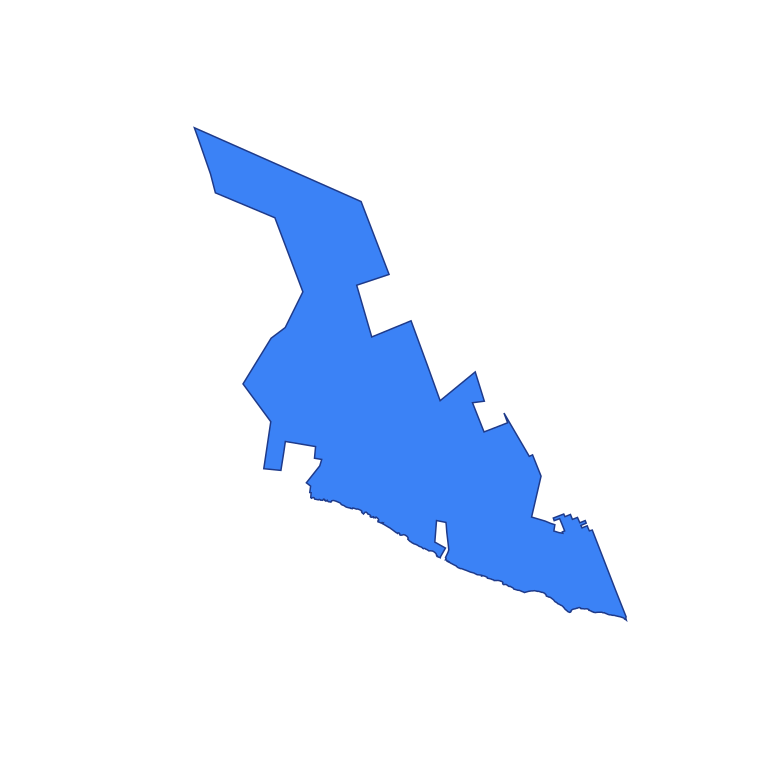 the district of Solidaridad, Quintana Roo, Mexico, rotated 69°
{"feature_id": "50627088B14293404548968", "entity_name": "Solidaridad", "entity_type": "district", "adm_level": 2, "iso_a3": "MEX", "parent_name": "Mexico", "parent_adm1": "Quintana Roo", "projection": "orthographic", "projection_center": [-87.149, 20.584], "detail": "fine", "context": "isolated", "style": "filled", "palette": "blue", "viewbox_px": 768, "rotation_deg": 69, "n_neighbors": 0, "source": "geoboundaries", "source_scale": "gbopen_adm2", "svg_char_len": 6012}
<svg xmlns="http://www.w3.org/2000/svg" viewBox="0 0 768 768"><g transform="rotate(69 384 384)"><path d="M205.5,340.0L76.8,469.2L89.0,469.5L125.8,470.7L145.1,472.9L189.8,426.2L190.8,426.3L268.9,426.7L295.9,456.0L300.8,473.0L333.4,515.6L378.6,503.2L420.0,526.6L427.7,511.2L411.6,501.9L402.3,496.7L417.9,470.3L428.4,475.5L432.1,469.2L437.4,473.3L448.4,491.9L453.0,489.1L458.7,492.2L459.4,491.0L463.6,493.0L463.7,492.8L464.4,492.8L464.7,492.6L464.5,491.7L464.6,490.8L465.0,490.2L465.5,490.0L466.5,490.0L466.9,489.7L467.1,489.1L468.2,487.5L468.6,486.8L468.5,486.7L468.5,485.9L468.6,485.6L469.1,485.1L469.4,485.2L469.7,484.9L470.0,484.1L470.6,483.0L470.5,482.6L469.9,482.0L469.9,481.7L469.9,481.4L470.5,480.9L470.9,480.9L471.3,481.1L471.5,481.0L471.5,480.7L471.7,480.4L472.1,480.5L472.6,480.2L472.5,479.7L472.2,478.7L473.0,478.6L473.7,478.3L474.3,477.6L474.9,476.1L475.1,476.1L475.2,475.7L474.3,474.7L474.5,473.2L474.8,472.6L476.2,470.8L478.9,468.0L479.7,467.4L480.2,467.3L480.7,467.1L481.1,467.1L481.9,466.4L483.3,464.8L484.9,463.8L485.9,462.7L487.3,460.7L487.4,460.1L488.0,459.9L488.4,459.4L488.7,458.7L489.1,458.3L488.9,457.9L488.6,457.7L488.7,457.3L489.2,456.7L489.4,456.3L490.9,454.6L491.2,453.5L492.1,452.4L493.4,451.1L494.3,450.4L494.6,450.3L494.9,450.3L495.3,450.8L496.4,450.6L498.0,449.7L497.7,449.4L497.7,449.0L496.9,447.6L497.3,446.5L498.4,445.9L499.8,445.6L500.0,445.1L500.5,444.6L501.6,443.8L502.5,443.7L502.7,443.9L502.7,444.2L502.8,444.3L503.0,444.0L503.4,444.1L503.7,443.7L503.9,443.4L504.1,442.9L504.0,442.0L504.1,441.5L505.1,441.6L505.4,439.7L506.4,440.7L505.5,439.7L505.5,439.4L506.1,438.6L507.2,438.0L508.0,437.7L508.7,437.6L509.2,437.8L509.5,438.1L509.7,438.4L509.6,438.7L509.7,438.9L509.8,438.9L509.7,438.7L509.8,438.5L509.8,438.2L510.0,438.9L510.0,438.7L510.3,438.8L510.0,439.0L510.4,438.8L510.6,438.9L510.9,438.4L512.8,436.5L512.6,435.8L512.6,435.4L513.0,435.2L513.5,435.2L513.5,434.6L513.7,434.8L513.8,435.1L514.2,434.9L513.6,435.3L513.8,435.5L514.2,435.2L514.3,435.0L519.8,430.7L520.1,430.4L520.4,430.1L521.6,429.4L522.9,428.5L527.1,425.9L527.4,425.3L527.8,425.1L528.2,425.1L528.5,424.8L528.1,424.5L528.2,423.8L528.6,423.3L529.4,423.0L530.5,423.3L531.0,422.8L531.3,422.2L531.6,420.7L531.6,420.0L531.7,419.6L532.1,419.1L532.6,418.4L534.0,417.4L534.7,417.0L535.7,416.7L536.2,416.6L536.8,416.8L537.2,417.3L537.5,417.4L537.8,417.1L538.4,417.0L540.1,416.2L540.4,415.9L540.6,415.9L541.1,415.4L542.6,414.5L543.3,413.7L543.7,413.5L544.2,413.1L544.4,412.6L545.1,411.9L545.4,411.4L545.8,411.2L546.3,410.6L548.1,409.4L549.6,407.6L550.2,407.2L550.7,406.9L551.1,406.8L551.5,406.6L551.9,406.1L551.8,405.9L551.9,405.4L552.2,404.8L553.4,404.0L553.9,403.3L554.4,402.9L555.9,401.9L556.1,401.3L556.2,400.7L557.3,398.6L558.0,397.9L559.0,397.2L560.1,396.6L560.9,396.3L562.1,396.2L562.9,396.4L563.3,396.3L563.4,395.9L563.8,395.9L564.1,396.2L565.8,394.4L565.9,393.9L566.3,393.7L565.3,392.9L559.2,385.4L549.8,393.2L530.3,383.9L535.4,375.8L537.6,376.3L544.5,378.4L558.6,382.0L562.1,383.0L564.1,384.6L568.1,388.8L569.0,388.5L570.2,389.7L570.5,389.0L570.8,388.9L571.2,388.5L571.5,388.5L571.8,388.7L572.3,388.5L572.5,388.3L572.5,387.6L573.0,387.3L573.3,387.5L573.5,387.4L573.7,387.1L573.6,386.8L573.8,386.7L574.0,386.8L574.5,386.4L575.6,385.6L575.8,385.3L577.7,383.7L578.7,382.7L579.2,382.4L579.4,382.0L579.9,381.7L580.4,381.6L581.1,381.2L581.9,380.7L582.6,380.0L583.1,379.4L583.7,378.9L584.2,377.7L586.4,375.3L587.3,374.2L590.5,370.8L592.6,367.9L595.4,365.4L597.0,362.2L597.7,361.3L598.2,361.8L598.4,361.6L598.0,361.3L598.1,361.2L597.9,361.0L599.7,358.6L601.5,356.9L602.2,357.1L602.4,357.0L603.6,355.1L604.4,354.0L605.5,352.9L605.8,352.3L606.5,351.7L607.0,351.6L607.1,351.2L608.3,347.9L609.3,346.2L609.6,346.1L610.5,344.9L611.6,344.2L612.0,344.2L612.5,344.6L612.8,344.7L613.7,344.6L614.0,344.4L614.3,343.9L614.4,343.0L615.2,341.5L615.5,341.3L616.3,341.0L617.1,340.3L617.7,340.0L618.3,338.5L618.7,338.3L620.5,336.7L621.3,336.4L622.0,336.3L622.2,336.1L622.6,335.4L624.5,333.0L625.2,331.5L627.0,329.7L628.3,328.2L629.0,327.7L629.4,323.3L630.1,320.1L630.5,319.3L630.6,318.6L630.9,317.5L632.6,315.0L633.0,313.9L634.1,312.5L634.9,311.6L635.2,310.9L635.7,310.2L637.0,309.0L637.7,308.8L638.3,308.4L638.7,308.3L639.3,308.4L640.2,308.4L641.0,307.4L642.0,306.5L642.6,305.4L643.1,305.0L646.0,303.2L646.7,302.9L647.9,302.6L648.9,302.1L649.6,301.3L651.5,300.4L652.1,299.7L653.3,298.6L653.7,298.4L654.5,297.5L655.5,296.9L656.4,296.5L657.0,296.4L657.3,296.1L658.5,295.9L659.5,295.5L659.7,295.3L660.1,295.2L660.5,294.8L662.3,294.0L663.5,292.8L663.7,292.6L663.8,291.9L663.6,291.7L663.7,291.4L663.3,290.8L662.8,290.7L662.5,290.3L662.2,289.6L662.0,288.2L662.2,286.9L662.4,285.6L662.4,284.3L662.6,283.8L662.5,282.7L662.7,281.7L663.1,281.2L663.4,280.9L663.7,281.0L664.3,280.7L664.5,280.3L664.4,280.1L664.7,279.7L665.2,278.5L665.9,277.4L666.3,275.7L666.6,275.3L666.8,274.7L667.1,274.5L667.8,273.7L668.5,273.4L668.8,273.7L669.1,273.2L669.5,272.7L670.3,271.9L670.6,271.9L671.2,271.1L671.3,270.8L671.5,270.6L671.8,270.6L672.4,269.9L672.6,269.4L673.1,268.8L673.4,267.4L673.8,266.0L675.1,262.5L675.4,262.1L675.7,262.0L676.0,261.6L676.4,260.7L676.5,260.1L677.0,259.9L677.6,259.4L677.9,258.8L678.4,258.3L678.7,258.2L679.8,256.9L680.4,256.0L680.5,255.6L681.2,254.4L681.7,253.9L681.9,253.3L682.2,252.7L682.3,252.5L682.6,251.8L683.7,250.4L683.8,250.2L685.5,247.7L685.8,247.1L688.4,244.0L689.3,243.6L689.6,243.7L690.5,242.8L691.2,242.4L689.3,242.2L688.1,241.4L659.8,241.7L595.0,241.9L594.7,244.9L591.9,245.1L589.2,245.1L589.3,250.7L586.6,250.9L586.4,245.1L583.6,245.1L583.7,250.9L577.9,251.2L577.9,256.6L572.6,256.7L572.7,262.6L569.8,262.8L569.8,274.0L572.6,274.1L572.7,268.3L578.1,268.1L585.9,268.0L586.0,270.6L587.4,270.6L585.3,274.1L582.1,278.1L576.6,274.9L573.8,278.4L569.7,282.7L561.1,293.9L526.3,270.4L503.4,270.7L503.6,274.3L454.1,282.4L464.5,282.5L464.6,307.8L433.2,308.1L436.0,296.5L405.4,294.5L419.7,337.6L382.6,336.8L334.7,336.1L335.7,378.6L282.0,374.1L283.5,340.0L205.5,340.0Z" fill="#3b82f6" stroke="#1e3a8a" stroke-width="1.5"/></g></svg>